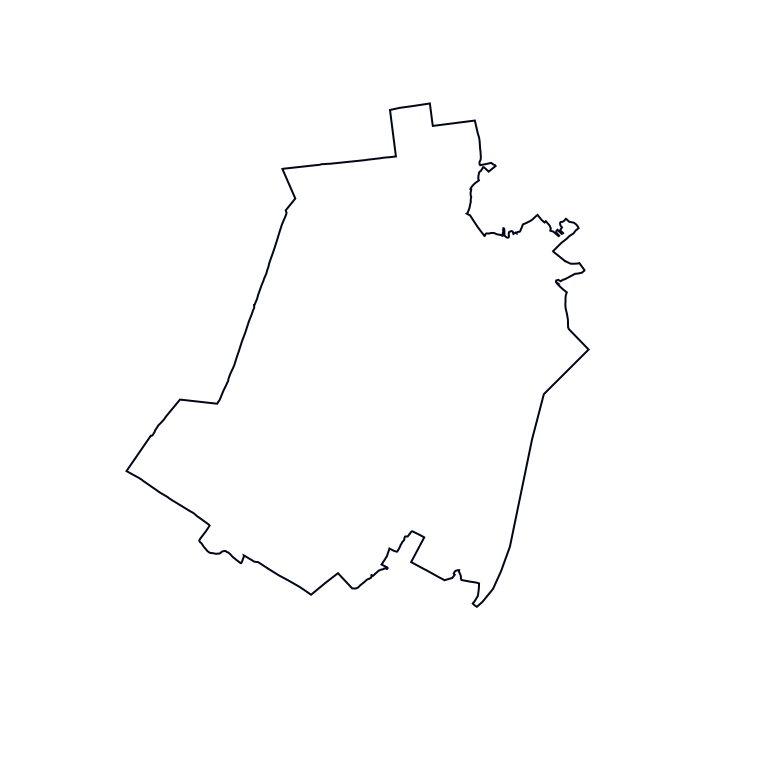 Slatina, Olt, Romania (orthographic projection), rotated 228°
{"feature_id": "2599482B52224640698115", "entity_name": "Slatina", "entity_type": "district", "adm_level": 2, "iso_a3": "ROU", "parent_name": "Romania", "parent_adm1": "Olt", "projection": "orthographic", "projection_center": [24.391, 44.434], "detail": "fine", "context": "isolated", "style": "outline", "palette": "ink", "viewbox_px": 768, "rotation_deg": 228, "n_neighbors": 0, "source": "geoboundaries", "source_scale": "gbopen_adm2", "svg_char_len": 6154}
<svg xmlns="http://www.w3.org/2000/svg" viewBox="0 0 768 768"><g transform="rotate(228 384 384)"><path d="M519.0,627.8L543.1,593.0L544.7,594.0L561.8,605.8L570.4,592.7L578.8,580.3L583.6,571.8L545.1,545.1L545.9,544.1L547.4,541.8L550.6,537.6L552.7,534.7L554.6,531.8L561.5,522.1L563.2,519.5L584.2,490.7L585.5,489.3L586.8,487.5L588.1,486.0L589.0,484.8L589.4,484.1L589.9,482.9L591.2,481.2L611.5,453.0L611.8,452.4L581.2,442.2L578.8,427.1L576.5,426.2L575.3,424.5L570.9,415.0L567.9,409.8L564.6,404.3L563.6,402.7L558.9,394.7L555.7,389.0L551.0,380.3L549.8,378.4L548.5,376.7L546.5,373.0L544.7,370.3L542.4,365.1L541.7,364.1L539.1,358.7L534.4,350.0L532.6,347.3L532.0,346.2L529.3,340.5L529.6,340.2L527.6,338.7L526.2,335.6L524.5,332.7L521.1,325.8L514.9,315.1L510.7,306.9L505.5,298.1L503.0,293.5L498.1,285.2L496.3,281.2L494.5,276.8L491.8,271.7L490.5,270.2L489.6,267.8L488.9,266.3L486.5,260.3L483.1,253.3L481.9,250.5L481.7,249.0L481.0,246.8L508.9,222.0L508.9,221.8L505.9,201.4L505.5,199.2L504.9,197.1L504.4,192.2L504.3,189.0L502.7,182.9L502.0,181.7L501.0,178.6L500.8,177.9L500.9,177.2L501.0,176.7L501.6,176.1L491.6,134.4L486.6,136.1L483.9,137.0L479.5,138.6L476.2,139.6L474.5,140.0L473.5,140.1L452.7,145.0L444.6,147.6L443.4,147.7L439.6,148.7L418.8,154.9L416.2,155.9L414.7,156.2L410.3,156.7L409.4,157.0L403.5,158.3L397.0,159.7L395.5,159.7L395.3,159.2L393.7,153.0L392.3,145.5L391.7,142.7L391.5,142.4L391.2,142.0L390.5,141.6L389.4,141.5L388.2,141.7L387.4,141.7L383.4,141.1L382.4,141.1L377.8,141.0L375.4,141.5L374.7,141.9L372.7,143.7L371.2,144.8L370.2,145.5L369.6,146.4L368.9,147.2L368.0,148.5L367.9,149.2L367.9,150.4L367.9,151.1L367.7,151.9L366.7,153.6L366.0,154.4L365.3,154.7L364.5,154.7L364.0,154.9L363.5,155.3L362.7,155.6L362.1,155.6L360.5,155.9L358.0,155.8L355.3,156.0L354.6,156.3L352.5,156.5L346.8,157.6L346.5,157.9L346.5,158.3L347.1,159.9L349.7,164.6L350.0,164.9L350.4,165.1L349.4,165.5L338.9,168.7L337.2,169.9L336.1,171.2L321.9,175.0L312.2,177.8L302.5,181.3L290.4,185.3L284.7,186.8L276.2,188.8L275.4,207.3L274.2,223.2L253.4,223.6L251.6,225.4L251.0,226.1L250.8,226.5L250.1,228.5L250.3,231.4L250.0,236.8L250.0,239.4L250.1,240.0L249.7,241.4L249.1,242.9L248.9,244.4L248.7,244.8L248.8,245.1L249.1,245.6L249.4,246.0L249.9,246.3L250.4,246.8L250.3,247.0L250.1,247.1L249.5,247.1L248.9,247.3L248.8,247.6L248.8,249.0L248.8,250.3L249.0,250.6L248.8,251.8L248.8,255.3L248.2,257.1L247.4,258.5L246.8,259.9L246.8,260.6L245.9,261.7L244.8,262.3L244.5,262.5L244.5,262.8L244.6,263.3L244.8,263.5L245.3,263.7L246.8,263.2L249.1,262.3L251.5,261.4L251.9,263.3L252.3,264.3L252.7,266.1L254.1,271.0L255.6,273.5L256.6,275.4L258.1,277.9L253.2,279.8L252.5,280.2L250.7,281.4L250.7,281.9L251.5,284.7L252.6,287.5L253.2,288.5L253.7,290.4L254.4,292.1L254.4,293.6L254.5,294.4L254.9,295.0L255.5,295.7L255.9,296.2L256.2,296.8L256.5,297.5L256.4,297.9L254.9,299.5L255.0,300.3L255.1,301.3L255.5,302.4L255.3,303.3L255.7,304.0L255.9,304.7L255.9,306.0L255.6,306.5L248.4,309.4L243.1,311.3L233.5,285.0L218.3,290.4L217.8,290.7L203.7,295.5L198.4,297.5L197.8,297.5L194.2,304.9L194.9,308.9L196.5,309.0L197.2,311.0L197.3,312.0L196.4,314.0L195.4,315.3L194.8,314.5L193.8,313.9L192.5,313.6L190.9,313.1L189.2,312.1L188.1,311.1L186.5,310.4L181.3,314.4L180.3,315.1L174.7,319.7L172.2,321.2L169.2,318.3L166.4,315.2L164.5,312.9L163.6,311.6L161.9,305.8L161.5,303.1L160.5,303.1L159.2,303.2L156.3,303.9L156.2,311.4L158.8,328.0L166.5,345.6L178.9,368.8L243.8,457.0L269.5,496.0L272.7,559.1L301.0,558.1L302.9,558.7L308.6,563.6L313.7,566.9L317.5,568.9L319.4,570.1L321.9,572.1L324.0,574.2L326.1,576.1L328.0,578.1L329.2,580.0L329.8,581.2L334.1,580.4L338.2,580.0L342.2,579.8L341.8,580.6L344.7,580.0L345.7,581.2L344.8,583.2L342.2,584.0L341.7,586.8L340.8,588.6L338.0,599.8L336.9,601.2L335.5,603.4L334.3,605.6L334.2,608.9L334.5,609.2L343.3,610.1L343.8,608.7L346.7,605.1L348.1,603.6L348.9,603.0L353.9,601.0L354.0,600.7L356.8,600.4L368.7,598.4L369.0,598.6L369.6,598.6L370.2,610.2L369.7,617.0L369.9,620.5L369.6,622.7L369.4,623.8L369.1,625.4L369.8,629.0L369.6,632.9L371.3,633.4L373.9,633.6L376.2,633.2L377.4,632.7L378.5,631.7L379.4,631.2L380.5,630.2L384.6,629.9L385.1,629.7L384.7,627.0L385.1,625.1L386.0,623.9L386.1,623.3L385.8,622.5L384.9,621.9L383.6,621.1L381.3,621.1L380.4,617.7L376.3,618.1L376.3,617.6L376.6,616.5L382.5,616.1L382.4,614.7L381.5,613.4L377.0,613.4L377.1,612.7L383.9,611.8L386.7,610.2L388.1,612.1L390.9,613.1L396.7,613.2L396.6,611.4L400.3,610.9L406.9,611.2L407.0,609.9L407.0,606.7L406.9,604.9L407.1,602.6L407.4,601.2L407.9,599.6L408.2,598.3L408.7,596.7L409.4,594.8L409.6,594.3L409.4,593.6L408.9,592.4L408.1,591.2L407.5,589.5L407.2,588.9L406.8,588.3L406.5,587.6L406.4,586.9L406.4,586.6L407.0,585.9L407.6,584.9L407.6,584.4L407.5,583.9L407.1,583.4L408.5,583.2L408.9,580.6L409.8,580.9L410.7,581.5L411.1,581.6L411.9,581.4L412.3,581.1L412.6,580.6L412.8,580.1L413.2,578.5L412.4,577.4L411.3,576.5L410.0,575.5L409.7,575.1L409.6,574.7L409.6,574.3L409.9,573.9L410.4,573.5L411.0,573.2L413.4,572.8L414.5,573.5L416.8,575.6L417.6,576.2L418.3,576.8L418.8,577.1L419.2,577.2L419.6,577.2L419.9,577.0L419.7,576.7L418.9,575.7L418.4,575.2L417.5,574.8L417.3,574.3L417.0,573.7L416.1,572.7L415.5,572.3L415.0,572.1L414.7,571.8L414.7,571.5L414.9,571.1L416.3,570.7L416.9,570.4L417.6,569.7L419.4,568.3L421.1,567.4L421.6,567.3L422.2,567.0L422.9,566.5L423.4,566.0L424.7,564.4L425.6,562.7L426.1,562.1L427.1,561.2L427.4,560.7L427.5,560.2L427.5,559.9L427.4,559.5L426.8,558.6L426.7,558.2L426.8,557.7L437.6,558.6L446.9,560.0L447.1,560.1L451.9,560.8L452.2,560.6L455.2,559.5L455.1,560.0L455.1,560.3L455.6,561.4L456.9,564.0L457.6,565.2L461.5,570.6L461.6,570.8L462.7,571.4L464.4,573.7L464.7,574.0L465.1,574.0L465.4,574.3L466.2,574.7L468.1,576.2L468.9,577.3L470.2,579.0L471.1,578.7L471.7,580.4L471.9,581.2L472.2,583.5L472.3,585.9L471.8,590.8L473.2,591.3L473.9,591.8L475.7,593.7L477.2,595.8L477.7,596.6L477.7,596.9L477.6,598.7L477.7,599.2L477.9,600.0L478.8,602.7L478.2,603.3L471.8,603.9L471.3,612.8L472.4,612.9L474.4,612.0L476.6,611.6L480.3,605.1L482.3,601.9L483.4,602.1L483.5,602.3L484.9,603.3L485.3,604.0L485.7,605.2L486.3,606.2L487.6,607.6L492.1,611.2L494.3,612.7L500.8,617.8L503.8,619.7L507.7,621.5L519.0,627.8Z" fill="none" stroke="#020617" stroke-width="2"/></g></svg>